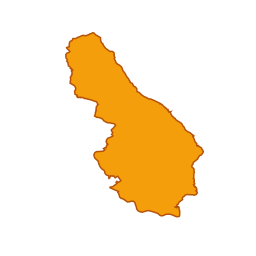 Axente Sever, Sibiu, Romania, rotated 207°
{"feature_id": "2599482B14007981056124", "entity_name": "Axente Sever", "entity_type": "district", "adm_level": 2, "iso_a3": "ROU", "parent_name": "Romania", "parent_adm1": "Sibiu", "projection": "robinson", "projection_center": [24.236, 46.068], "detail": "fine", "context": "isolated", "style": "filled", "palette": "amber", "viewbox_px": 256, "rotation_deg": 207, "n_neighbors": 0, "source": "geoboundaries", "source_scale": "gbopen_adm2", "svg_char_len": 5798}
<svg xmlns="http://www.w3.org/2000/svg" viewBox="0 0 256 256"><g transform="rotate(207 128 128)"><path d="M219.2,171.6L218.1,171.0L216.3,170.6L214.6,169.9L214.8,168.9L216.4,166.9L216.6,166.1L216.7,165.1L215.2,162.5L214.2,161.7L213.6,161.7L213.0,160.9L212.9,159.7L211.8,159.3L211.3,159.0L210.9,158.6L210.5,157.8L209.8,157.2L209.3,156.3L208.0,156.2L206.5,155.8L206.2,155.6L206.3,154.8L205.0,155.0L203.8,154.6L204.5,154.1L204.5,153.7L204.0,153.3L204.0,152.8L203.3,152.7L203.0,151.6L202.3,150.8L202.3,150.4L202.5,149.9L202.3,149.4L202.0,149.1L202.1,148.6L202.5,147.7L202.4,147.0L201.2,145.4L200.9,144.7L200.7,143.6L200.5,143.4L200.4,142.6L199.9,142.3L199.7,141.5L198.9,141.7L195.4,141.4L194.5,141.2L193.2,140.2L192.6,139.6L192.2,138.7L192.1,138.2L192.3,136.5L191.4,135.6L191.1,134.9L190.4,133.9L188.5,134.2L188.4,133.8L188.0,133.7L188.0,133.3L187.6,133.4L187.5,132.9L186.9,132.6L186.3,132.6L186.1,132.9L185.7,133.0L185.9,132.7L185.6,132.8L185.4,133.2L184.9,133.4L184.8,133.6L184.1,133.5L183.7,133.7L183.7,134.0L183.4,134.0L182.8,134.4L181.5,134.7L180.3,134.4L179.5,134.9L178.2,135.3L176.6,135.5L175.1,136.0L174.4,136.0L173.6,136.3L169.7,136.7L168.1,137.1L167.2,136.7L166.1,135.7L165.4,135.5L165.7,135.1L165.8,134.8L165.5,133.9L165.9,132.6L165.2,130.9L164.5,129.8L164.8,129.5L164.1,128.4L164.2,127.8L164.0,126.8L163.4,125.6L163.3,123.5L160.8,123.3L158.2,124.3L156.9,124.3L156.1,124.5L154.6,124.3L152.8,123.4L149.0,123.3L147.3,123.9L146.9,124.3L144.7,124.7L142.7,125.4L141.5,125.4L140.4,124.9L140.3,124.7L140.9,121.8L141.4,120.1L142.1,119.0L141.2,117.8L140.7,117.5L139.8,117.3L139.5,117.0L139.5,115.9L139.7,114.8L138.0,114.2L138.0,113.5L138.1,113.3L141.4,109.6L141.7,107.5L141.4,106.6L141.4,106.0L140.2,105.1L139.6,104.5L139.5,104.2L139.1,104.2L138.9,104.5L138.4,104.1L138.9,103.3L139.0,102.8L139.0,102.1L138.6,101.1L138.5,100.6L139.5,100.2L139.6,99.8L139.9,99.5L140.2,99.1L140.2,98.7L140.4,98.5L138.7,98.0L139.6,96.1L140.1,95.7L143.5,93.7L144.8,93.0L145.4,92.5L146.3,91.1L146.3,89.1L146.1,88.4L144.4,86.5L143.6,86.0L139.5,84.9L137.9,83.0L136.4,81.7L135.1,80.7L133.8,80.1L132.5,79.6L130.4,79.4L129.5,79.0L128.8,78.4L128.6,77.8L128.1,77.4L127.0,76.7L126.1,76.4L125.0,76.4L124.2,76.6L123.6,76.7L123.2,76.4L122.8,75.7L122.8,75.2L122.5,74.7L122.0,74.4L121.8,74.8L121.7,75.5L121.8,77.6L120.8,77.7L119.4,78.6L119.3,78.4L118.6,78.8L117.7,78.1L116.8,77.8L116.2,78.9L115.9,79.8L115.4,80.3L114.3,79.9L112.8,79.1L112.7,79.0L110.4,77.9L111.7,75.4L113.7,75.5L114.0,74.2L112.6,73.7L114.8,69.1L115.8,68.1L117.1,67.3L117.1,67.1L116.9,66.6L110.8,66.9L107.7,67.2L107.8,66.6L108.0,66.4L107.9,66.0L106.9,65.6L106.3,65.0L105.8,64.6L104.2,62.8L103.6,62.5L102.0,62.1L101.6,62.4L100.6,62.6L99.4,62.4L98.6,62.6L97.6,62.1L96.9,62.2L95.0,61.8L94.1,62.3L92.7,63.3L92.5,63.7L91.9,64.3L89.8,65.1L88.7,65.0L88.0,64.7L86.9,63.4L84.9,61.6L83.8,60.2L82.9,59.4L81.4,58.8L79.8,58.8L78.5,59.0L77.0,59.5L73.3,63.1L71.8,63.8L68.9,64.5L63.7,65.3L62.4,65.4L59.9,64.7L58.9,64.8L58.2,65.0L56.6,66.2L55.4,67.9L54.5,68.6L53.2,69.4L51.8,70.1L50.3,70.5L47.8,70.8L45.8,70.8L44.1,71.2L42.8,71.9L42.4,72.4L42.2,72.9L42.3,73.5L43.8,76.7L44.4,77.7L45.5,78.7L46.7,80.7L47.9,80.7L48.0,79.8L48.2,79.2L48.6,79.0L51.0,79.0L49.2,79.4L48.7,79.8L49.5,81.4L49.5,81.8L49.4,82.2L48.9,82.7L48.7,83.0L48.7,83.4L48.9,84.2L48.7,85.5L46.9,89.0L47.3,89.3L47.8,90.6L47.6,91.6L47.1,92.3L46.5,94.2L45.6,95.2L44.8,95.7L41.8,97.0L40.3,97.8L38.6,98.1L37.8,99.0L37.2,99.5L37.0,100.2L36.8,101.7L37.2,102.2L39.1,102.9L39.1,103.1L38.3,103.4L38.6,103.9L38.8,104.6L39.9,105.7L41.4,106.4L41.7,105.8L42.7,106.5L43.0,106.5L43.9,107.2L43.8,107.5L43.2,108.1L43.2,108.6L43.6,109.0L44.4,109.4L44.8,109.8L44.7,110.5L45.6,112.2L45.9,112.4L46.8,112.6L46.6,113.2L48.2,116.2L48.3,116.9L48.8,118.1L48.8,118.8L50.0,119.9L50.2,121.1L51.6,121.9L52.6,122.0L53.2,122.2L54.1,123.8L53.6,125.3L54.0,126.0L54.1,126.7L53.9,127.6L52.6,130.3L51.8,132.3L52.0,132.9L51.7,135.9L50.5,137.2L50.2,137.9L50.3,138.7L49.9,140.0L50.3,141.4L50.8,141.5L51.4,142.2L52.5,142.6L53.5,143.6L56.1,143.8L57.5,144.2L57.7,143.6L58.1,143.3L59.1,144.0L59.4,144.9L59.8,145.4L61.8,146.0L64.2,148.3L66.5,150.1L65.7,150.7L65.9,151.1L67.2,151.2L71.0,152.0L72.9,151.8L75.3,152.2L76.9,152.8L77.3,153.4L77.7,153.6L78.8,154.5L79.9,154.7L81.6,156.0L82.9,156.5L83.7,156.6L84.7,156.6L85.2,156.8L87.3,156.8L89.2,157.2L89.9,157.4L90.3,157.9L90.8,158.0L91.6,157.8L92.0,158.2L94.1,158.6L96.4,160.2L97.3,161.2L97.2,162.0L97.8,161.4L98.9,160.7L99.5,161.1L100.3,161.9L100.3,162.1L100.2,162.1L100.5,162.3L100.8,162.6L101.2,162.0L102.0,162.6L103.9,162.8L103.9,163.2L104.7,163.2L106.1,163.5L107.8,164.2L108.9,164.1L109.6,164.4L110.1,164.2L110.0,164.5L116.8,164.4L121.1,164.1L122.2,163.5L122.7,163.3L125.2,163.5L128.0,163.3L130.9,163.7L134.3,164.8L136.2,164.5L136.7,164.8L137.9,166.8L138.4,167.2L139.7,167.8L141.1,167.9L142.0,167.8L142.7,168.3L142.8,168.6L143.4,168.8L144.4,169.7L145.6,169.6L146.9,169.7L147.1,170.2L147.7,170.4L148.0,170.9L148.9,171.2L149.6,172.0L150.1,172.2L150.6,172.3L152.3,173.1L154.2,174.3L154.4,174.6L155.5,175.4L157.1,176.0L157.3,176.3L158.1,176.5L159.1,177.1L159.4,177.8L160.8,178.8L161.2,179.3L162.7,179.8L163.3,179.8L163.6,180.0L165.3,180.2L166.1,180.2L166.4,180.0L166.9,180.4L168.5,180.8L168.9,181.4L171.8,183.7L171.9,184.6L171.7,184.8L173.1,186.1L173.3,186.1L173.5,186.5L173.4,186.7L174.4,188.5L176.3,189.2L178.0,188.6L178.6,188.1L179.5,188.1L184.0,188.8L187.0,190.2L188.2,191.1L188.4,191.5L189.3,191.6L190.9,192.4L192.0,193.4L193.5,196.0L194.5,196.2L195.7,196.0L196.8,196.3L199.2,196.3L201.5,197.2L202.8,196.8L203.5,195.5L204.3,194.9L205.6,193.1L207.1,191.4L208.4,190.7L210.4,190.0L213.2,186.6L213.9,186.1L214.7,184.6L215.1,184.0L217.7,182.7L217.6,180.9L217.7,180.3L218.5,179.5L218.8,178.8L219.0,177.9L218.4,176.0L217.3,174.0L217.3,173.7L218.9,172.2L219.2,171.6Z" fill="#f59e0b" stroke="#b45309" stroke-width="1.5"/></g></svg>